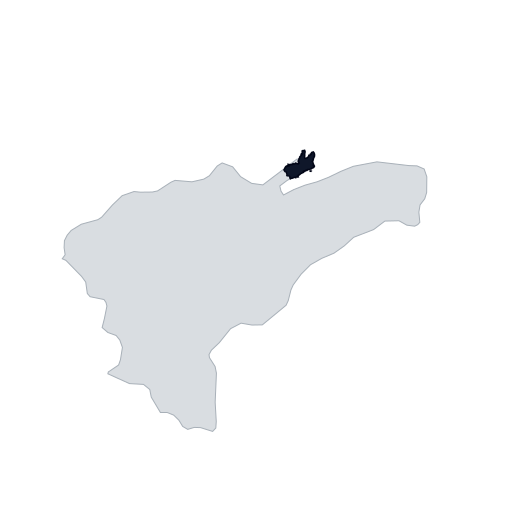 location of Santa Bárbara de Samaná, Samaná, Dominican Republic, rotated 327°
{"feature_id": "3306468B43421780768425", "entity_name": "Santa Bárbara de Samaná", "entity_type": "district", "adm_level": 2, "iso_a3": "DOM", "parent_name": "Dominican Republic", "parent_adm1": "Samaná", "projection": "orthographic", "projection_center": [-69.295, 19.263], "detail": "fine", "context": "in_parent", "style": "filled", "palette": "ink", "viewbox_px": 512, "rotation_deg": 327, "n_neighbors": 0, "source": "geoboundaries", "source_scale": "gbopen_adm2", "svg_char_len": 6438}
<svg xmlns="http://www.w3.org/2000/svg" viewBox="0 0 512 512"><g transform="rotate(327 256 256)"><path d="M90.6,335.2L91.3,317.3L94.2,310.1L91.7,302.4L80.4,294.1L73.6,283.5L67.6,274.1L69.0,272.8L81.4,272.6L85.8,269.2L94.2,259.9L96.0,252.3L95.4,246.5L90.1,239.5L88.0,232.2L94.8,225.9L103.7,216.8L104.9,213.2L104.8,209.7L94.7,199.8L94.1,195.6L99.0,185.1L98.6,178.1L94.2,156.1L92.0,152.8L96.6,151.0L99.6,144.5L103.7,138.8L109.0,135.7L114.9,133.9L126.8,134.2L143.1,139.4L147.7,139.4L163.5,135.0L176.6,132.5L188.8,135.5L193.8,139.5L203.9,145.9L208.9,147.8L225.0,147.8L229.3,148.5L242.7,158.9L254.1,163.1L260.6,163.3L272.5,159.4L278.3,159.5L285.0,168.5L286.3,181.1L291.9,192.7L300.5,200.1L343.0,197.0L352.4,203.1L349.2,208.1L343.2,210.8L323.0,209.6L314.1,210.2L312.3,215.2L312.3,219.8L324.1,220.9L335.7,223.3L347.5,227.0L359.6,229.5L373.1,231.2L386.5,233.8L408.7,242.9L433.4,263.4L440.1,268.1L444.4,274.6L442.4,282.6L433.7,295.7L428.7,299.9L421.4,302.5L416.5,307.9L411.7,317.0L408.7,317.8L405.3,317.4L399.3,312.3L395.1,304.3L383.1,296.9L369.0,297.9L348.1,293.5L335.5,295.6L322.9,296.1L310.0,293.8L297.0,293.0L284.0,295.8L271.5,300.5L266.8,303.5L258.7,311.0L254.4,313.7L223.8,317.2L215.0,311.7L206.9,304.2L195.1,303.1L178.0,308.7L167.3,310.7L162.9,313.1L161.6,315.9L161.5,326.4L159.0,332.7L142.1,356.4L132.5,373.2L128.6,378.4L124.1,379.5L116.0,369.7L110.8,366.1L104.3,364.2L101.7,359.0L101.9,351.7L100.3,344.6L96.3,338.9L90.6,335.2Z" fill="#d9dde1" stroke="#a8b0b8" stroke-width="1"/><path d="M326.7,201.6L327.1,201.9L327.2,202.3L326.7,203.3L326.5,204.3L326.2,204.7L325.8,205.1L325.7,205.4L325.8,205.7L326.6,206.2L327.0,206.5L327.5,207.4L327.5,207.8L327.5,208.1L327.0,208.8L326.9,209.1L326.9,210.0L327.5,210.0L328.1,210.2L328.9,210.5L329.0,210.6L329.4,210.7L329.5,210.6L330.1,210.6L330.3,210.8L330.9,210.9L331.3,211.1L331.5,211.3L331.6,211.6L331.8,211.7L332.0,212.0L332.3,211.8L332.6,211.6L333.0,211.8L333.6,211.7L333.7,212.1L333.8,212.4L334.0,212.5L334.5,212.7L334.6,211.9L335.0,211.5L335.2,211.4L335.4,211.6L335.8,211.4L336.0,211.3L336.2,211.5L336.4,211.5L336.6,211.6L336.8,211.4L337.4,211.5L338.0,211.3L338.3,211.3L338.9,211.3L339.3,211.5L339.9,211.4L340.5,211.6L340.9,211.6L341.1,211.6L341.3,211.7L341.5,211.6L341.4,211.4L341.7,211.4L341.9,211.3L341.9,211.2L341.7,211.0L341.7,210.8L342.0,210.6L342.6,210.8L342.9,210.8L343.1,211.0L343.5,211.2L343.8,211.5L344.1,211.6L344.3,211.3L344.5,211.2L344.7,211.3L345.2,211.6L345.3,211.9L345.5,211.9L345.6,212.0L345.8,211.9L345.8,211.7L346.0,211.5L346.3,211.6L346.6,211.7L346.7,211.8L346.9,211.8L347.0,211.9L347.2,212.0L347.4,212.3L347.6,212.4L347.6,212.5L347.8,212.6L348.0,212.6L348.3,212.6L348.5,212.7L348.9,212.6L349.0,212.7L349.9,212.7L350.0,212.7L349.9,213.0L350.0,213.1L350.4,212.8L350.7,212.9L350.9,212.8L351.1,212.9L351.4,212.9L351.5,213.0L351.9,213.0L352.3,212.9L352.4,213.0L352.5,213.2L353.1,213.0L353.2,212.8L353.7,212.7L353.7,212.4L353.6,212.2L353.8,212.3L353.9,212.2L353.6,212.0L353.5,211.9L353.8,211.5L353.8,211.3L353.9,211.1L354.0,211.0L354.2,210.7L354.1,210.3L354.2,210.2L354.2,209.9L354.3,209.8L354.3,209.7L354.1,209.5L354.3,209.1L354.5,208.8L354.7,208.6L354.7,208.3L354.8,208.1L354.9,207.8L354.8,207.6L355.0,207.5L354.9,207.3L355.3,207.2L355.6,207.0L355.6,206.9L356.1,206.8L356.4,206.4L356.6,206.3L356.6,206.0L356.8,205.8L357.1,205.6L357.3,205.6L357.4,205.4L357.5,205.3L357.7,205.2L358.1,204.9L358.4,204.7L358.7,204.7L358.8,204.5L359.1,204.5L359.2,204.3L359.3,204.0L359.5,204.0L359.6,203.9L359.8,203.3L360.0,203.3L360.1,202.9L360.5,202.6L360.4,202.3L360.6,202.2L360.7,201.8L360.8,201.6L360.9,201.3L360.8,200.9L360.8,200.4L360.8,200.1L360.7,199.8L360.3,199.8L360.1,199.9L359.9,199.9L359.7,199.9L359.7,199.7L359.3,199.5L358.9,199.5L358.7,199.7L358.6,199.9L357.9,200.1L357.8,200.4L357.4,200.4L357.4,200.7L357.3,200.8L357.0,200.7L356.9,200.5L356.6,200.9L356.2,200.9L355.8,200.7L355.7,200.7L355.3,200.5L355.3,200.3L355.2,200.3L355.0,200.6L354.6,200.8L354.5,201.0L354.4,201.1L354.0,201.4L353.6,201.4L353.0,201.3L352.9,201.4L352.9,201.6L352.5,201.6L352.3,201.6L352.2,201.4L351.9,201.4L351.9,201.5L351.7,201.5L351.5,201.4L351.1,201.4L350.7,201.2L350.1,200.7L350.2,200.4L350.4,200.2L350.5,200.0L350.6,199.8L350.7,199.7L350.7,199.4L350.9,199.3L351.2,198.6L351.3,198.5L351.5,198.3L351.7,198.2L352.0,197.4L352.1,197.2L352.2,197.3L352.3,197.1L352.3,196.9L352.7,196.6L353.0,196.4L353.7,195.6L353.9,195.3L353.9,195.0L354.0,195.0L354.0,194.8L354.2,194.6L354.2,194.3L354.3,194.1L354.2,193.9L354.3,193.7L354.0,193.5L354.1,193.4L353.8,193.5L353.6,193.5L353.4,193.6L353.2,193.5L353.1,193.8L353.1,193.6L352.9,193.5L352.7,193.2L352.5,193.3L352.3,193.1L351.8,193.1L351.8,193.4L351.7,193.5L351.5,194.0L351.4,194.2L351.2,194.4L351.3,194.4L351.1,194.7L350.9,194.8L350.9,195.0L350.5,195.5L350.4,195.1L350.2,194.9L349.9,195.0L349.6,195.0L349.4,195.2L349.3,195.5L349.0,195.5L348.8,195.7L348.9,195.9L348.8,196.1L349.0,196.2L349.0,196.3L348.8,196.4L348.6,196.3L348.2,196.4L347.8,196.5L347.4,196.5L346.7,196.7L346.5,196.8L346.2,197.4L345.9,197.6L345.7,197.8L345.5,197.7L345.4,197.8L345.2,197.8L344.9,197.9L344.9,198.0L344.7,198.4L344.4,198.6L344.0,198.7L344.0,198.8L343.6,199.0L343.3,199.2L343.3,199.4L342.9,199.7L342.9,199.8L342.9,200.0L343.1,200.2L343.1,200.3L343.1,200.5L342.9,200.6L342.9,200.9L342.9,201.2L343.0,201.2L343.0,201.4L342.9,201.7L342.7,201.8L342.1,201.8L341.7,201.8L341.7,201.3L341.5,201.2L341.4,201.2L341.3,201.3L341.2,201.4L341.1,201.2L340.8,201.2L340.7,201.0L340.4,200.6L340.1,200.3L340.0,200.1L340.0,199.7L339.4,199.7L339.3,199.8L339.0,199.9L338.8,199.9L338.6,199.8L338.5,199.7L338.2,199.7L338.0,199.8L337.9,199.8L337.8,199.7L337.8,199.4L337.3,199.2L337.4,198.8L336.7,198.7L336.6,198.8L336.6,199.0L336.2,199.1L335.9,199.0L335.6,198.6L335.3,198.5L335.2,198.3L334.9,198.2L334.7,198.3L334.4,198.2L334.1,197.8L334.0,197.6L333.7,197.6L333.4,197.9L333.5,198.0L333.3,198.3L333.0,198.2L332.7,198.5L332.3,198.3L332.1,198.3L331.9,198.0L331.7,198.0L331.4,197.3L330.9,197.2L330.7,197.2L330.7,197.6L330.3,197.8L330.0,197.7L329.8,197.2L329.3,197.3L328.8,197.7L328.1,197.9L327.6,198.4L327.2,198.6L326.6,198.8L326.4,198.9L326.3,199.1L326.3,199.5L326.3,200.9L326.4,201.2L326.7,201.6ZM347.9,214.3L347.6,214.4L347.6,214.5L348.0,214.7L348.1,214.8L348.2,214.7L348.4,214.7L348.5,214.7L348.4,214.5L347.9,214.3ZM332.9,196.6L332.7,196.8L332.8,197.0L333.0,197.0L333.0,196.9L332.9,196.6ZM342.6,211.3L342.5,211.5L342.8,211.6L342.9,211.4L342.6,211.4L342.6,211.3Z" fill="#0f172a" stroke="#020617" stroke-width="1.5"/></g></svg>